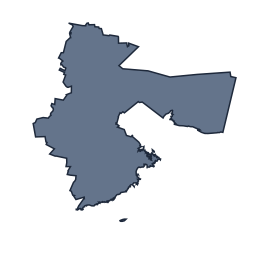 outline of Guaymas, Sonora, Mexico, rotated 284°
{"feature_id": "50627088B1209754794586", "entity_name": "Guaymas", "entity_type": "district", "adm_level": 2, "iso_a3": "MEX", "parent_name": "Mexico", "parent_adm1": "Sonora", "projection": "natural_earth1", "projection_center": [-110.918, 28.074], "detail": "fine", "context": "isolated", "style": "filled", "palette": "slate", "viewbox_px": 256, "rotation_deg": 284, "n_neighbors": 0, "source": "geoboundaries", "source_scale": "gbopen_adm2", "svg_char_len": 5874}
<svg xmlns="http://www.w3.org/2000/svg" viewBox="0 0 256 256"><g transform="rotate(284 128 128)"><path d="M209.4,118.5L210.5,108.1L208.0,108.9L206.8,107.8L210.2,106.1L208.0,98.3L214.0,96.7L214.5,96.2L213.8,87.8L213.0,87.3L212.3,81.4L218.0,78.1L217.6,76.0L218.9,75.1L218.2,71.4L220.2,70.5L218.7,65.1L220.3,64.0L219.7,62.8L217.6,62.0L217.0,62.2L216.3,59.0L215.4,45.0L214.5,49.3L213.1,50.2L206.9,48.4L206.7,49.7L205.7,49.8L205.8,48.7L205.5,48.5L201.8,50.5L201.6,50.0L197.1,47.1L185.5,47.1L184.9,45.0L179.1,43.7L179.0,44.7L177.2,48.6L175.7,47.5L174.2,47.2L173.1,47.6L173.5,48.4L171.5,50.9L171.4,52.8L171.0,53.2L168.3,52.9L169.5,47.8L167.6,47.3L166.5,52.9L164.5,52.7L164.3,54.7L156.9,53.9L153.6,57.6L152.9,59.2L153.0,60.1L154.9,63.0L148.5,64.5L145.6,60.4L145.5,60.8L139.4,58.5L138.9,50.2L133.1,51.2L133.3,48.2L130.9,48.0L129.3,49.9L129.2,50.6L128.0,51.1L126.3,51.0L124.2,49.7L122.7,49.4L121.7,50.2L120.2,49.0L118.3,48.3L117.6,43.1L114.6,37.4L110.8,36.7L109.4,34.9L97.0,40.5L99.6,49.6L94.6,51.8L94.4,52.9L92.2,52.6L90.0,61.6L83.8,58.3L83.1,64.1L83.4,65.1L83.8,75.8L79.5,77.0L75.6,77.2L76.6,81.5L71.8,80.1L71.5,80.5L68.2,80.3L68.3,83.4L69.1,89.1L65.4,89.7L63.3,89.1L62.2,88.3L53.2,86.8L52.9,88.3L49.5,90.6L49.5,92.0L49.1,91.5L46.0,94.8L50.3,102.2L48.9,102.7L48.9,102.3L40.5,99.0L36.9,98.3L36.6,97.4L36.2,97.6L36.4,97.9L36.2,98.7L37.0,99.6L37.5,99.5L38.0,100.3L37.9,101.1L38.3,101.3L38.1,102.0L37.5,102.3L37.9,102.6L37.5,103.1L38.0,103.3L37.8,103.8L38.2,104.1L39.0,103.5L40.3,103.7L41.1,104.9L41.7,104.7L42.3,105.3L42.8,106.2L42.5,106.7L43.3,107.0L44.0,109.1L43.7,111.5L44.2,113.9L45.5,114.4L45.7,115.3L46.5,115.5L46.8,116.0L46.3,116.2L46.3,116.9L47.1,116.9L47.5,117.5L48.2,117.6L48.2,118.4L48.7,117.9L48.6,118.4L49.3,118.5L49.1,119.7L49.8,120.3L49.8,121.2L50.4,121.3L50.1,122.7L50.7,122.9L50.5,124.0L51.1,124.8L50.9,125.3L52.1,125.3L52.2,125.7L51.5,126.2L52.0,126.4L51.5,126.8L53.0,127.4L53.1,127.9L54.4,128.7L54.1,129.5L54.6,129.3L54.6,129.7L55.0,129.7L55.1,130.4L54.5,130.9L54.6,131.3L55.2,131.6L55.6,131.2L55.6,130.6L56.3,130.6L57.0,131.4L56.3,132.0L57.2,132.4L57.8,132.1L60.5,133.3L61.2,134.4L61.2,135.0L62.5,136.5L63.4,136.5L63.8,136.9L65.8,141.7L66.6,141.3L66.9,142.0L69.0,142.5L69.3,143.0L70.6,142.8L71.3,143.4L71.2,144.0L71.6,144.5L72.4,143.8L73.5,144.4L74.0,145.8L73.6,146.8L74.3,146.0L76.1,146.8L76.8,149.1L76.5,149.5L75.4,149.6L75.8,150.0L75.3,150.9L76.5,151.0L77.1,150.2L77.5,150.4L77.4,150.8L78.1,150.5L79.1,151.0L79.9,150.3L80.4,150.8L80.6,150.2L81.2,152.4L81.5,152.4L81.4,151.7L81.8,151.5L82.1,150.1L82.7,149.9L83.0,150.2L82.7,149.6L82.8,148.7L83.9,148.5L84.2,147.5L87.6,146.4L89.6,146.5L92.0,147.3L92.8,148.2L92.6,149.3L93.5,150.9L93.8,152.3L94.8,152.9L96.5,152.4L96.4,152.8L96.7,152.6L97.1,153.5L97.0,155.1L95.2,156.2L94.7,155.9L94.4,156.1L95.0,156.3L95.1,158.0L95.8,158.7L96.4,158.5L96.8,158.8L96.4,159.6L96.9,160.5L96.6,162.3L97.0,162.6L97.7,162.2L99.0,160.1L100.2,161.1L99.8,161.9L100.0,162.3L100.9,162.7L101.4,162.1L102.3,162.9L102.7,162.4L103.1,162.6L102.7,163.6L103.1,164.4L104.4,164.4L105.2,165.5L105.3,166.5L104.9,167.1L105.8,167.1L105.8,165.8L106.9,165.1L107.0,163.5L106.2,163.5L106.2,163.0L107.1,162.4L107.6,162.8L107.9,161.7L107.6,161.1L108.5,160.7L107.8,160.4L108.5,160.2L108.5,159.6L107.9,160.1L107.5,159.8L107.9,158.9L109.3,157.8L108.1,157.8L109.7,157.1L108.3,156.5L105.7,157.7L105.4,157.2L105.6,156.7L106.4,156.7L106.0,156.4L105.6,156.6L105.5,156.1L105.2,156.8L104.5,156.7L105.0,157.2L104.3,157.6L104.1,158.1L103.7,158.0L103.9,157.6L103.6,157.6L102.5,158.5L102.6,157.4L103.8,156.5L103.4,155.8L104.4,155.9L104.9,154.8L104.9,153.6L105.4,153.1L105.7,153.3L105.8,153.1L105.9,152.9L105.9,153.7L106.3,153.0L106.7,153.0L106.9,153.7L107.2,153.5L107.3,153.8L107.2,154.5L108.2,154.4L107.9,152.6L108.7,152.8L108.6,153.8L108.9,153.5L108.7,152.8L109.0,153.0L109.0,152.4L108.7,152.7L109.3,151.2L108.9,151.0L110.2,150.9L109.0,150.7L110.1,150.0L109.6,149.9L109.9,149.1L111.1,148.3L113.5,148.0L113.6,147.8L113.3,147.7L111.6,147.9L111.1,148.2L110.6,146.8L109.6,147.2L109.2,146.0L107.8,145.5L109.4,145.8L109.6,146.3L109.9,145.9L108.9,145.2L109.3,145.1L109.1,144.8L108.1,144.8L109.5,144.6L108.8,144.0L109.2,143.9L108.9,143.7L108.5,143.6L108.2,143.4L108.8,143.4L110.2,144.1L110.7,142.8L113.3,145.6L113.3,144.4L113.7,143.8L114.8,144.1L116.9,141.9L120.9,134.1L122.4,134.2L120.2,133.1L120.4,128.3L125.6,124.7L126.3,117.6L127.9,118.8L128.9,116.8L128.9,115.3L130.2,115.2L130.3,116.0L136.3,116.1L136.5,115.8L140.9,116.6L140.5,117.7L142.5,119.1L141.8,120.8L156.1,131.6L155.5,132.8L156.6,135.6L146.2,159.6L148.0,160.0L150.7,161.5L152.1,163.6L153.8,164.9L155.0,165.1L155.9,166.7L155.5,167.1L155.2,166.8L153.9,167.3L152.6,166.6L152.0,167.2L152.4,167.8L152.0,168.4L151.8,167.9L150.0,168.0L149.6,166.9L147.5,168.1L147.4,167.2L146.6,166.7L146.4,166.1L146.3,166.8L146.9,167.9L147.3,168.0L146.9,168.0L146.8,168.5L147.3,168.5L146.4,168.7L146.4,169.7L145.9,169.8L145.3,170.8L145.8,170.8L145.8,171.1L145.2,171.0L145.1,171.3L145.4,171.4L144.8,171.4L144.3,171.9L144.4,172.3L143.0,174.5L142.8,173.7L143.3,171.4L142.8,172.2L142.7,177.2L143.5,181.0L143.9,185.5L144.5,186.0L144.4,188.3L144.9,190.4L143.8,196.7L144.1,197.1L143.6,198.2L143.2,196.9L143.7,195.9L142.7,196.2L141.6,200.3L141.3,203.7L142.0,206.9L145.0,215.8L145.4,216.2L145.5,217.5L146.6,219.0L146.7,221.1L202.9,220.6L202.8,215.3L206.9,213.5L196.7,182.1L187.6,156.4L188.3,133.6L184.2,108.6L186.3,104.1L209.4,118.5ZM111.2,148.2L113.2,147.7L113.5,147.9L111.2,148.2ZM38.1,145.2L36.7,143.2L36.2,142.6L35.9,142.8L35.7,143.4L36.1,145.1L37.1,146.9L39.1,148.2L38.8,146.8L38.1,145.2ZM112.8,156.9L112.0,157.2L111.1,159.0L110.7,158.5L110.9,159.2L111.7,159.1L112.8,156.9ZM107.5,155.0L107.0,155.1L107.0,155.9L107.7,155.4L107.5,155.0ZM73.1,148.1L73.3,147.3L73.3,147.1L72.5,148.2L73.1,148.1ZM108.5,161.3L109.1,160.2L108.3,161.3L108.5,161.3ZM85.7,148.9L85.7,148.2L85.3,149.2L85.7,148.9Z" fill="#64748b" stroke="#1e293b" stroke-width="1.5"/></g></svg>